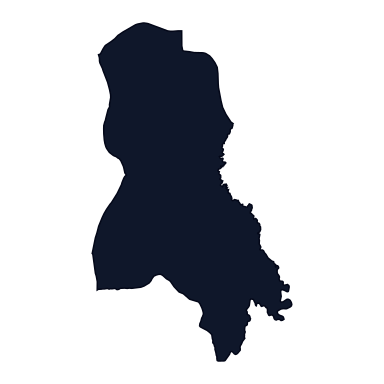 Pathoomphone, Champasak, Laos (Robinson projection)
{"feature_id": "54806243B32788033784925", "entity_name": "Pathoomphone", "entity_type": "district", "adm_level": 2, "iso_a3": "LAO", "parent_name": "Laos", "parent_adm1": "Champasak", "projection": "robinson", "projection_center": [106.187, 14.724], "detail": "fine", "context": "isolated", "style": "filled", "palette": "ink", "viewbox_px": 384, "rotation_deg": 0, "n_neighbors": 0, "source": "geoboundaries", "source_scale": "gbopen_adm2", "svg_char_len": 6068}
<svg xmlns="http://www.w3.org/2000/svg" viewBox="0 0 384 384"><path d="M98.5,54.7L99.3,57.3L99.5,59.0L99.5,61.0L99.9,62.9L102.5,68.5L103.1,70.6L107.6,82.2L109.5,89.3L110.6,94.7L110.7,97.6L109.5,104.5L109.6,106.9L108.1,109.5L105.9,118.1L105.4,120.4L104.7,122.1L103.8,125.5L103.7,128.8L103.8,133.8L104.3,140.0L104.9,143.4L105.9,146.8L106.7,148.5L109.4,152.4L113.0,155.2L114.0,155.8L116.3,156.7L118.0,158.1L119.2,158.6L120.8,160.6L123.3,166.1L123.8,167.8L124.9,172.9L126.4,175.1L124.8,176.5L123.8,178.2L122.0,182.7L121.5,184.6L117.2,193.5L111.5,202.6L110.1,204.2L106.6,209.3L104.1,213.6L102.3,217.4L98.7,226.2L97.0,232.8L95.4,237.8L92.2,253.5L92.7,254.0L92.9,254.6L95.4,273.2L96.3,276.1L97.3,281.7L97.2,290.0L98.3,289.3L101.8,289.1L102.6,288.9L104.5,288.9L107.4,288.4L109.1,289.1L110.3,288.7L112.0,288.8L114.7,288.4L115.5,288.6L116.7,289.5L117.3,289.6L118.9,289.3L119.7,288.6L120.6,288.3L124.6,288.1L127.3,288.4L129.2,288.1L131.8,288.3L140.9,287.2L144.1,286.0L149.1,283.0L151.0,280.7L152.0,278.6L153.9,276.1L156.5,274.9L158.9,274.3L160.5,274.3L161.4,274.6L163.1,275.7L166.5,278.8L169.0,280.2L170.4,281.3L174.1,286.7L179.1,292.0L183.3,293.7L189.6,299.2L198.2,301.8L198.7,302.1L200.0,303.9L201.9,307.9L202.6,309.9L203.3,312.6L203.4,314.2L202.3,317.1L201.7,318.1L200.9,321.4L199.9,323.6L199.6,325.9L200.3,326.8L201.1,327.3L207.1,330.4L209.6,332.4L211.8,334.6L212.4,338.9L212.9,340.1L212.8,342.5L213.1,343.2L213.9,344.0L214.6,346.6L215.1,347.3L215.0,349.4L215.9,352.6L216.3,355.2L216.9,356.6L216.9,358.8L217.2,360.5L218.2,361.0L224.1,360.9L225.1,360.5L229.5,354.3L230.1,352.6L230.7,351.7L231.9,351.4L232.7,352.0L234.4,353.9L235.6,354.4L236.7,354.0L237.7,353.2L240.2,350.2L240.2,348.7L240.0,347.3L240.2,346.1L241.5,343.9L242.5,341.4L244.8,338.3L244.3,337.1L244.5,335.7L244.4,334.3L245.2,331.9L244.7,330.8L244.6,329.2L244.9,326.6L245.1,326.1L246.9,325.1L247.2,324.7L247.5,321.8L248.1,321.3L249.5,321.0L250.1,320.2L250.5,318.6L250.0,317.6L249.8,316.3L249.2,315.4L247.3,314.4L247.1,311.8L246.2,310.3L246.4,309.7L248.8,306.6L249.3,305.4L250.0,300.1L251.1,298.9L253.5,299.5L254.4,301.7L255.1,302.8L255.5,304.9L255.9,305.6L256.3,305.8L256.7,304.0L257.1,303.3L257.7,303.2L259.0,303.3L259.9,304.0L261.2,306.2L261.6,306.4L263.5,305.7L264.7,305.9L266.1,307.6L266.7,307.7L267.3,308.8L267.5,310.1L267.4,312.2L268.7,315.1L269.3,315.5L271.2,314.9L272.5,315.2L273.5,316.2L274.2,318.7L275.2,319.7L276.3,320.0L277.5,319.4L279.4,319.3L281.1,320.5L282.6,320.2L284.0,319.2L283.4,317.3L283.0,316.7L282.0,316.1L279.7,315.3L278.4,314.5L277.5,313.3L277.3,311.9L277.4,311.3L277.8,310.9L280.7,309.1L283.2,308.6L286.1,308.8L286.9,308.6L290.3,306.9L291.4,305.9L291.8,304.4L291.3,302.4L290.1,300.3L288.7,299.4L287.7,299.2L286.7,299.4L283.8,301.4L282.3,302.1L281.6,302.2L280.9,301.8L280.3,301.0L280.3,300.4L281.2,296.4L280.7,292.7L280.7,291.0L280.9,290.4L281.8,289.7L282.7,289.8L284.4,290.3L286.8,291.6L287.8,291.7L288.3,291.3L288.5,290.7L289.1,287.5L289.1,286.1L288.6,285.4L287.5,284.5L284.6,285.2L283.5,285.1L283.1,284.4L283.2,282.2L282.9,281.6L282.1,281.2L280.4,281.2L279.8,280.8L279.0,279.0L279.4,277.5L279.3,276.4L278.7,275.3L277.5,273.8L277.1,272.1L277.2,269.6L278.6,268.1L278.6,267.3L278.3,266.6L277.7,265.8L276.7,265.6L276.2,266.0L275.8,267.1L275.6,267.0L275.3,266.3L275.6,264.6L274.0,263.5L273.6,261.7L271.7,261.0L268.0,257.9L265.9,254.3L264.6,252.9L263.5,250.7L262.4,250.0L260.4,250.0L260.0,249.7L260.1,248.9L260.7,247.6L260.7,246.7L259.2,243.9L259.4,240.4L259.0,238.7L259.8,234.6L259.7,234.3L258.8,233.8L258.0,233.7L257.7,233.4L257.9,232.9L259.5,232.0L260.2,230.8L260.6,229.6L260.5,226.9L259.7,225.8L259.7,224.4L259.2,223.5L258.6,223.1L257.8,223.2L257.5,222.8L257.1,221.4L257.3,220.4L257.1,219.9L256.1,218.8L255.6,218.5L253.9,219.2L253.5,218.3L253.8,216.4L253.7,215.7L252.3,214.7L251.4,213.5L250.4,213.2L250.3,211.9L251.4,210.5L251.6,209.2L252.2,207.9L251.9,205.4L251.6,205.0L249.4,203.9L249.0,204.2L248.5,205.3L247.7,206.0L247.3,206.8L246.8,207.1L246.0,207.1L245.0,206.6L243.6,206.4L242.9,206.1L242.6,205.4L242.7,204.4L242.3,204.3L241.3,204.8L240.6,204.7L239.5,202.8L238.7,201.9L238.4,200.8L238.0,200.3L237.1,200.7L236.3,200.0L234.4,199.6L233.5,200.4L232.4,200.5L231.2,199.0L231.2,198.6L231.8,198.4L231.9,198.1L231.3,197.4L231.4,196.6L230.4,195.1L229.9,193.4L229.5,193.2L228.6,193.4L228.3,193.1L228.3,192.3L228.0,191.7L228.5,189.7L227.3,190.0L226.7,189.0L227.2,188.0L226.4,188.3L226.0,188.1L226.4,187.1L225.7,186.1L225.7,185.8L226.1,185.7L226.8,186.0L227.0,185.8L226.8,185.2L226.2,184.1L225.6,184.2L224.7,184.7L224.2,184.3L223.3,184.8L223.0,185.2L222.7,186.6L222.4,186.8L220.5,185.4L220.4,185.0L221.1,183.5L222.0,183.0L222.7,180.9L222.3,180.8L221.8,181.3L221.6,180.3L219.9,179.2L220.0,178.6L220.7,177.9L220.7,175.5L220.3,174.9L219.3,174.5L218.9,173.0L219.3,171.7L218.2,171.2L217.9,170.6L218.6,169.1L219.9,168.7L221.4,167.5L221.4,166.9L220.7,166.4L220.8,166.0L221.2,165.9L221.6,166.3L222.2,166.2L222.5,166.6L222.8,166.6L223.2,165.7L223.9,165.5L223.9,164.8L225.5,163.5L225.8,162.8L225.4,162.3L224.7,162.5L224.2,162.0L223.5,162.1L222.6,161.7L222.4,161.3L222.3,160.7L223.0,159.0L223.0,158.5L222.4,158.2L220.7,158.7L220.1,158.1L219.4,156.6L220.1,156.2L221.0,156.4L222.4,155.9L223.9,154.3L223.3,153.6L222.5,153.4L222.1,152.5L222.5,151.3L222.9,151.1L223.3,149.5L223.2,149.0L222.3,148.5L222.0,147.9L222.0,147.4L222.5,145.9L222.3,144.6L223.3,143.2L223.9,143.6L224.2,143.5L224.1,142.6L224.3,141.9L225.6,140.0L226.0,139.0L227.3,137.1L227.6,135.9L227.5,134.6L228.3,134.0L229.1,134.0L229.4,133.7L230.2,131.8L230.2,130.0L230.4,129.2L230.8,128.8L231.8,128.4L232.1,128.0L232.8,125.3L232.8,124.0L233.1,123.6L230.9,122.0L225.9,114.3L222.6,107.4L221.0,100.8L218.5,87.6L218.2,83.4L217.9,73.6L217.2,67.3L214.9,62.7L212.1,58.7L209.6,55.9L205.7,53.5L204.4,53.1L202.8,52.8L194.2,52.6L189.3,51.7L183.7,51.1L183.0,50.7L182.6,50.1L181.8,45.9L181.7,30.9L177.8,30.9L172.8,31.3L170.5,31.3L167.6,30.9L148.3,23.7L147.0,23.4L144.1,23.0L143.1,23.0L137.5,24.1L135.5,24.8L123.0,32.0L118.0,35.4L114.8,38.8L110.6,42.0L105.9,45.1L105.0,45.9L103.2,48.7L100.4,54.0L98.5,54.7Z" fill="#0f172a" stroke="#020617" stroke-width="1.5"/></svg>